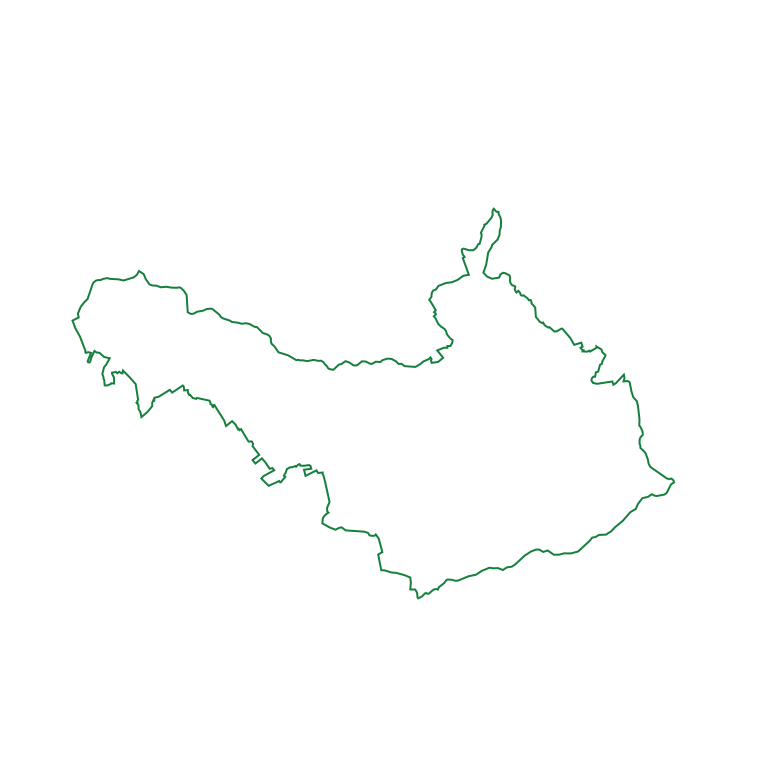 outline of Garbau, Cluj, Romania, rotated 316°
{"feature_id": "2599482B41163110615714", "entity_name": "Garbau", "entity_type": "district", "adm_level": 2, "iso_a3": "ROU", "parent_name": "Romania", "parent_adm1": "Cluj", "projection": "orthographic", "projection_center": [23.36, 46.847], "detail": "fine", "context": "isolated", "style": "outline", "palette": "green", "viewbox_px": 768, "rotation_deg": 316, "n_neighbors": 0, "source": "geoboundaries", "source_scale": "gbopen_adm2", "svg_char_len": 6142}
<svg xmlns="http://www.w3.org/2000/svg" viewBox="0 0 768 768"><g transform="rotate(316 384 384)"><path d="M524.3,656.3L525.3,654.2L525.1,651.7L523.5,650.8L521.9,648.7L518.0,628.8L519.0,625.1L521.4,621.6L524.0,615.6L524.3,613.7L524.0,608.2L525.7,606.2L526.4,604.4L529.3,601.6L531.5,600.5L534.8,600.3L536.0,599.1L537.2,597.4L538.7,592.8L538.7,591.3L543.3,586.8L551.3,576.4L553.9,572.1L554.2,566.5L557.1,560.8L561.9,553.5L561.4,551.1L558.1,548.6L561.1,546.8L563.0,543.9L551.6,544.5L548.5,543.9L550.0,540.8L537.3,531.8L535.2,528.5L535.5,528.2L535.3,526.4L536.2,525.0L537.8,524.2L539.7,524.2L540.9,525.4L544.5,522.8L546.6,523.9L552.3,520.5L553.1,520.2L554.5,520.9L556.9,519.4L562.8,517.5L563.4,517.1L563.1,513.0L564.4,510.3L562.9,504.5L562.0,505.6L554.8,503.8L555.0,502.8L552.5,501.8L549.6,498.6L550.9,498.3L550.3,497.4L550.5,494.5L552.8,495.1L554.6,491.3L548.0,487.9L550.0,480.2L550.7,468.0L550.1,467.4L544.8,466.1L543.0,464.6L542.5,458.1L541.6,457.8L540.5,454.3L540.5,452.5L541.2,450.4L540.0,450.0L539.3,447.6L539.9,441.2L545.9,434.0L546.1,428.8L547.8,425.9L547.7,425.4L546.4,424.4L546.8,422.2L546.0,417.1L545.0,416.7L544.3,415.6L544.4,414.3L545.1,413.5L545.4,410.3L542.9,410.3L543.0,408.8L543.9,406.7L546.2,405.0L544.8,401.7L545.1,399.3L546.5,396.9L548.4,395.5L549.7,393.3L549.6,392.8L548.3,388.8L546.8,386.6L543.8,386.1L540.7,387.4L534.8,383.3L532.8,378.4L532.8,373.0L540.2,369.3L550.3,361.8L556.8,360.1L558.2,359.1L566.0,359.0L570.8,356.9L573.9,354.0L577.1,352.3L581.9,347.6L583.4,345.1L584.6,341.3L585.9,339.9L584.6,338.2L584.7,334.2L582.8,334.6L580.4,336.8L580.0,337.7L576.9,339.0L569.0,339.9L566.9,339.1L566.7,339.8L559.1,342.4L558.5,342.8L558.3,344.1L555.8,346.3L550.1,349.6L548.9,348.9L544.9,350.1L541.3,349.9L538.2,347.0L535.3,341.9L533.6,341.3L532.2,342.5L530.6,345.6L530.2,348.6L528.2,348.1L520.9,364.4L516.2,361.2L509.4,360.3L503.5,358.0L498.8,354.4L491.2,351.2L488.4,351.9L486.8,352.0L484.4,351.0L481.9,351.5L478.5,354.3L475.0,354.9L474.8,357.1L472.4,367.0L469.9,367.1L470.2,369.1L469.7,370.0L466.9,369.9L466.7,372.4L464.7,378.8L464.9,382.4L465.8,386.4L465.4,388.8L463.8,392.2L463.6,393.9L463.3,397.5L463.9,400.1L461.5,401.9L458.2,402.8L456.0,400.7L454.7,402.0L452.6,399.7L445.6,396.8L444.8,406.2L438.2,405.7L433.0,401.9L434.2,399.7L435.5,399.1L435.9,397.2L433.9,397.3L428.2,395.2L423.4,394.8L418.4,393.5L411.2,385.4L410.6,381.6L408.4,379.7L408.4,376.0L406.9,371.3L404.2,368.2L399.5,365.8L396.7,365.7L393.6,362.3L389.4,361.2L388.1,359.8L386.5,355.2L383.8,352.3L378.5,352.0L376.4,351.1L375.0,349.2L374.0,344.4L372.2,340.9L367.2,340.0L364.9,338.7L357.4,338.6L355.0,335.1L354.8,333.3L355.3,332.0L355.2,329.1L355.6,326.1L354.9,323.5L352.9,321.8L350.2,317.8L344.6,314.2L341.9,310.3L340.3,309.1L339.2,307.1L337.5,306.0L335.0,296.9L330.1,287.9L331.3,281.0L331.1,276.9L332.0,275.0L334.2,272.8L335.0,269.9L334.3,266.9L332.3,263.2L332.1,254.7L330.7,253.1L328.9,247.2L326.8,244.3L323.4,241.7L321.6,238.5L317.7,233.7L317.2,231.4L314.0,225.4L313.2,222.7L313.7,219.5L312.7,211.2L311.8,209.5L308.5,206.9L304.6,205.5L299.8,202.2L296.0,201.2L294.0,199.7L293.4,198.5L292.7,196.0L303.8,182.9L304.8,177.7L304.7,174.1L303.9,172.2L302.3,171.3L298.2,167.2L295.0,162.9L290.6,159.3L288.4,154.9L286.1,152.6L284.8,150.3L284.5,149.0L285.5,143.0L287.5,138.0L286.2,132.5L282.2,133.8L278.2,133.5L268.6,128.7L265.8,124.4L259.6,117.6L258.7,115.8L255.2,113.4L252.1,112.2L250.4,110.5L248.5,109.5L245.6,109.2L243.7,109.8L229.7,117.0L225.2,117.0L219.4,117.8L212.8,120.7L210.5,124.1L204.0,122.0L200.8,129.2L198.2,138.8L192.2,152.9L191.2,153.8L191.1,154.4L193.5,155.8L194.9,158.1L186.7,161.7L186.3,163.0L187.0,163.9L188.3,163.8L191.6,161.8L198.7,159.1L199.1,161.6L201.0,163.9L201.5,170.3L204.6,174.9L197.6,177.1L194.2,177.5L188.3,181.2L187.0,184.2L185.8,185.5L185.7,186.5L182.1,191.0L183.8,192.7L187.3,194.2L188.3,194.0L190.2,196.2L194.2,191.9L195.5,187.7L196.2,186.9L199.6,189.2L199.6,191.0L202.1,191.3L202.6,193.8L203.2,194.7L205.6,193.0L205.7,202.6L205.3,211.6L196.1,224.6L194.7,224.8L193.9,226.0L192.9,225.7L192.8,228.5L190.0,231.6L189.3,234.9L186.5,239.3L194.5,239.8L201.9,238.9L204.1,236.6L206.7,235.5L207.1,236.4L207.9,235.9L208.4,234.7L209.2,234.4L213.2,236.7L225.9,239.4L225.6,243.0L238.2,245.3L238.2,246.7L235.8,249.8L238.6,252.1L236.7,254.4L236.8,255.2L236.2,256.7L237.0,257.3L236.7,261.1L238.5,264.2L239.7,264.0L246.9,274.8L245.9,277.3L245.3,277.7L245.7,279.5L244.8,281.2L245.0,281.9L248.0,280.6L247.4,281.2L243.7,299.1L241.2,304.5L248.9,305.2L249.0,310.1L247.5,315.2L248.3,315.3L248.0,316.8L249.8,317.1L246.6,331.1L246.7,331.6L248.8,333.1L249.0,333.8L248.2,336.2L246.3,337.3L245.0,348.3L236.6,347.4L236.3,351.9L244.5,352.7L244.3,357.3L242.9,365.6L245.3,366.9L245.1,369.8L233.5,366.6L230.1,366.8L230.3,377.1L241.2,381.0L241.0,382.7L241.4,383.0L248.5,382.2L248.3,380.4L251.9,379.4L255.1,377.7L258.8,378.8L260.0,380.0L263.4,381.6L263.3,382.4L266.2,382.4L267.6,383.0L267.1,384.6L269.7,387.3L273.8,390.3L274.2,391.9L272.8,394.4L266.9,390.1L263.7,395.6L275.4,399.2L274.8,402.2L278.4,405.1L277.2,406.4L276.7,408.2L273.3,414.1L262.8,431.1L256.9,433.6L254.6,436.4L254.7,438.0L252.1,437.4L248.4,437.6L246.5,438.3L242.8,441.4L245.3,449.6L247.9,455.1L252.0,456.4L254.0,457.8L254.7,462.6L267.2,476.5L269.1,480.0L268.5,482.7L269.5,484.5L271.7,486.6L273.6,486.5L272.8,491.6L266.0,503.8L261.4,502.6L252.7,516.0L255.2,518.8L258.4,524.8L261.5,528.2L266.1,536.0L268.4,541.4L265.5,545.4L260.2,550.0L263.7,553.6L262.7,557.3L259.9,560.7L259.7,561.9L263.6,563.2L268.1,563.1L269.1,563.6L269.5,565.0L270.4,565.9L276.8,566.3L279.2,567.8L279.9,569.3L282.4,568.3L289.0,569.0L292.4,568.4L294.0,568.8L296.7,571.9L298.8,575.3L300.4,576.7L311.4,581.1L317.7,585.1L324.6,586.4L332.2,589.4L334.9,592.8L338.1,595.6L340.3,600.4L345.0,601.3L349.1,604.2L352.8,604.9L366.2,605.2L373.3,606.6L378.2,608.6L380.5,610.7L381.9,615.4L386.1,617.5L387.6,624.8L391.4,628.4L395.9,630.9L400.6,635.6L407.2,639.3L423.2,639.7L427.0,639.1L429.9,641.0L433.8,641.9L439.0,646.5L445.1,647.8L450.4,647.5L460.6,648.3L472.2,647.3L478.3,648.8L483.3,646.7L490.5,645.6L495.6,648.6L500.0,649.3L501.1,652.3L502.1,653.8L508.7,658.2L511.5,658.8L520.6,655.6L524.3,656.3Z" fill="none" stroke="#15803d" stroke-width="2"/></g></svg>